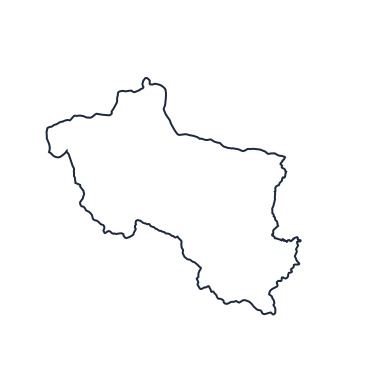 Betania, Antioquia, Colombia, rotated 47°
{"feature_id": "7082276B53063145531643", "entity_name": "Betania", "entity_type": "district", "adm_level": 2, "iso_a3": "COL", "parent_name": "Colombia", "parent_adm1": "Antioquia", "projection": "orthographic", "projection_center": [-75.967, 5.733], "detail": "fine", "context": "isolated", "style": "outline", "palette": "slate", "viewbox_px": 384, "rotation_deg": 47, "n_neighbors": 0, "source": "geoboundaries", "source_scale": "gbopen_adm2", "svg_char_len": 6062}
<svg xmlns="http://www.w3.org/2000/svg" viewBox="0 0 384 384"><g transform="rotate(47 192 192)"><path d="M317.5,162.4L313.5,162.2L311.1,161.2L309.1,160.6L307.2,156.1L306.6,155.6L305.0,155.1L304.6,154.5L303.5,150.9L303.0,150.6L301.9,150.4L300.2,149.3L300.2,148.9L301.9,146.4L301.9,146.0L301.3,145.6L300.8,145.8L300.0,146.6L299.1,147.0L298.4,146.7L297.8,145.9L296.6,146.0L295.4,148.7L295.7,149.7L295.3,150.3L295.7,151.4L295.4,152.2L295.5,153.0L295.1,153.5L294.1,153.5L293.3,153.8L293.1,154.2L292.7,154.9L292.8,155.4L293.2,156.1L293.1,156.6L292.0,156.6L291.4,157.3L290.8,157.2L290.2,158.1L289.9,158.1L289.7,157.4L289.2,157.7L288.3,157.7L288.2,157.9L288.5,158.5L288.5,159.5L287.6,159.9L286.7,160.0L286.2,160.5L283.4,162.0L282.7,162.7L282.1,162.9L281.5,162.4L280.6,162.3L279.6,162.7L278.8,162.7L278.3,162.9L277.9,162.4L278.4,162.2L278.4,161.9L277.6,161.1L277.5,160.5L276.0,159.4L275.3,158.0L275.5,152.1L274.3,151.8L273.6,151.1L271.6,150.0L269.0,150.0L267.0,148.7L265.6,148.9L265.4,148.4L263.9,147.7L262.1,147.6L261.3,146.7L258.7,144.5L257.7,141.9L256.7,140.6L255.7,138.8L255.0,137.9L254.1,136.3L252.9,135.6L249.6,132.0L248.8,131.4L248.2,131.3L248.2,130.3L245.7,128.2L245.3,126.7L245.6,125.1L246.2,123.9L245.1,121.3L245.1,118.7L243.7,116.8L243.4,116.0L243.4,115.4L244.2,115.2L244.3,114.9L244.3,113.5L242.7,111.6L241.4,109.3L240.7,109.7L239.9,109.0L238.3,108.7L236.6,109.2L235.9,109.6L234.9,109.4L234.1,108.1L232.0,108.3L231.5,107.5L231.3,105.0L230.7,104.4L230.9,103.2L230.6,101.5L230.0,100.2L229.5,100.3L226.7,101.8L225.5,103.0L223.9,104.0L220.2,105.1L217.7,107.9L216.2,110.2L215.6,110.5L212.3,110.9L207.3,113.3L201.9,118.0L200.2,120.3L198.7,121.6L198.4,122.1L198.0,124.2L197.1,126.6L195.5,127.6L193.6,128.4L192.2,129.1L187.7,132.5L187.3,133.2L185.6,134.5L184.5,135.5L180.8,137.6L179.5,138.0L175.1,138.2L173.5,139.5L170.6,141.2L169.0,141.8L166.8,142.2L165.7,143.2L164.5,145.3L163.0,146.7L159.3,148.8L158.4,150.0L155.4,150.7L151.7,152.8L148.2,155.4L147.0,156.0L145.2,157.4L141.9,162.0L141.0,162.8L140.2,163.1L138.7,163.1L135.6,162.7L131.7,161.8L127.4,160.7L124.7,159.4L117.2,158.2L113.1,156.7L112.3,156.3L111.7,155.7L110.4,153.0L109.5,151.7L105.5,147.1L102.1,143.7L99.1,141.6L97.5,141.3L95.3,141.4L93.1,141.9L90.9,142.9L87.6,145.2L86.6,147.4L85.2,148.9L84.7,149.2L83.8,149.1L82.0,147.1L81.0,146.9L79.5,146.9L78.3,147.1L77.3,147.8L76.9,148.5L77.4,151.7L78.9,154.2L79.7,155.0L80.9,155.6L81.9,155.8L82.5,156.5L82.5,157.4L81.8,159.2L81.7,160.9L79.8,166.0L78.0,167.0L76.7,167.1L76.3,167.4L74.4,169.9L73.4,171.6L72.7,172.3L71.8,172.8L70.1,174.5L68.9,176.9L68.9,177.9L69.0,178.5L70.9,180.6L71.8,182.1L72.7,183.2L74.1,184.4L75.3,185.9L77.5,192.4L78.3,195.9L79.4,196.7L80.0,197.5L79.9,199.5L79.1,200.6L74.2,205.0L69.7,208.4L69.3,209.7L69.0,214.1L68.3,215.7L65.6,218.3L62.8,219.5L60.4,221.2L59.4,222.1L57.8,224.4L56.7,225.2L56.2,225.8L55.9,226.7L56.4,231.8L56.1,232.7L54.8,233.5L53.7,235.1L52.7,237.2L52.3,238.7L51.3,240.0L50.7,241.6L50.1,244.8L49.3,246.3L48.8,247.7L48.6,249.7L48.3,250.5L47.2,251.9L47.1,252.7L46.6,253.8L47.2,255.1L48.4,256.5L48.7,257.3L52.4,260.3L53.7,261.6L59.6,263.8L62.4,265.6L64.2,267.5L65.3,269.4L67.7,268.7L69.8,268.8L72.1,268.4L73.9,267.5L75.4,266.3L76.4,264.5L76.9,261.3L77.0,258.3L76.6,255.6L77.6,256.3L80.0,256.3L91.7,261.6L94.2,262.2L95.3,263.1L96.3,264.4L97.5,265.1L99.8,267.4L101.6,267.9L103.9,269.5L105.8,271.1L110.4,269.0L110.8,269.1L111.8,270.1L117.2,270.6L118.1,271.3L119.9,272.2L121.2,274.7L122.2,276.1L123.1,280.7L124.2,281.8L125.8,282.5L127.2,282.5L128.4,281.6L129.3,281.3L130.1,281.3L133.2,282.0L136.4,280.8L139.0,280.7L140.9,281.0L143.6,282.6L144.8,282.8L146.2,282.4L148.4,281.0L149.8,280.8L153.4,280.7L155.1,279.7L155.8,279.5L157.3,279.7L157.9,280.0L159.0,281.3L159.8,283.1L162.0,283.8L162.6,283.7L162.9,283.1L163.3,280.6L163.8,279.5L165.0,278.8L167.6,278.6L168.8,278.0L169.5,277.0L171.2,275.9L172.1,274.3L174.2,271.6L176.0,270.9L177.3,271.9L179.5,272.1L180.8,271.6L181.5,270.3L182.3,268.4L182.9,266.1L183.2,263.9L182.3,262.6L181.7,261.2L181.4,259.7L180.5,258.2L179.3,258.1L177.9,256.8L177.4,255.0L176.2,254.5L175.2,252.9L175.0,252.6L175.2,251.6L175.7,250.7L178.0,249.3L181.1,248.8L182.6,248.0L183.4,247.4L185.2,246.6L185.9,245.5L186.3,245.2L186.7,245.1L188.4,245.5L190.3,244.8L191.6,243.9L193.7,243.7L195.4,242.9L197.5,242.5L198.6,241.9L199.1,241.3L200.6,240.8L202.6,239.6L204.0,239.5L204.8,239.2L205.8,238.1L207.1,237.3L208.7,236.8L210.0,236.8L211.5,235.7L212.7,235.7L213.5,235.5L214.0,235.1L214.8,233.0L216.6,233.3L219.3,233.1L220.9,233.3L221.7,234.0L223.1,235.7L224.7,236.7L225.5,237.5L228.0,238.0L228.9,238.7L230.2,240.3L230.8,240.7L234.2,241.7L237.7,241.3L238.8,240.7L240.2,239.6L243.4,239.1L244.7,238.3L246.1,237.9L250.2,237.5L251.8,237.6L252.9,237.3L253.6,237.3L254.1,238.0L254.9,240.7L255.9,242.8L258.6,245.4L258.5,247.1L258.7,247.8L260.5,248.2L262.2,248.9L262.7,249.4L263.0,250.6L263.8,251.2L268.0,252.1L268.7,251.9L269.5,250.9L270.3,247.8L271.2,247.0L271.5,246.3L271.6,245.1L272.3,244.0L275.9,244.9L277.7,245.8L278.3,245.8L278.9,244.7L279.3,244.4L281.4,244.6L283.3,244.5L284.4,244.7L285.5,245.2L287.4,245.6L288.1,245.4L289.8,243.8L291.9,243.1L293.0,243.1L294.5,244.1L296.3,243.8L297.5,242.9L297.9,242.3L298.9,239.0L299.3,238.0L300.6,236.6L301.7,234.4L302.0,234.0L304.4,233.3L305.1,232.8L306.0,228.5L307.1,227.1L310.4,225.3L312.2,224.8L315.0,224.7L317.9,225.0L321.7,224.7L323.3,224.2L325.3,222.6L325.9,222.5L327.0,222.7L328.1,223.2L329.5,223.1L330.5,222.5L331.0,222.0L333.6,216.8L334.1,216.5L336.0,216.4L336.8,216.2L337.4,215.2L337.4,214.5L337.1,213.5L334.4,210.8L332.9,210.1L330.5,209.7L330.1,209.4L329.8,208.1L329.0,207.2L326.8,206.0L325.0,205.8L322.7,204.8L319.5,205.4L318.9,204.8L317.6,202.4L317.5,200.8L317.7,199.3L319.1,194.1L318.6,193.0L316.2,191.9L315.7,191.2L315.9,189.4L317.6,187.9L317.8,187.2L317.6,186.6L316.0,184.9L315.9,184.3L316.3,183.8L318.1,183.2L319.0,182.6L319.5,181.6L319.4,180.0L319.1,179.1L318.1,178.2L317.2,176.4L318.3,174.5L318.5,173.4L318.1,173.0L316.7,172.8L316.0,172.1L316.3,169.1L314.8,167.2L315.1,166.4L317.6,163.6L317.8,162.8L317.5,162.4Z" fill="none" stroke="#1e293b" stroke-width="2"/></g></svg>